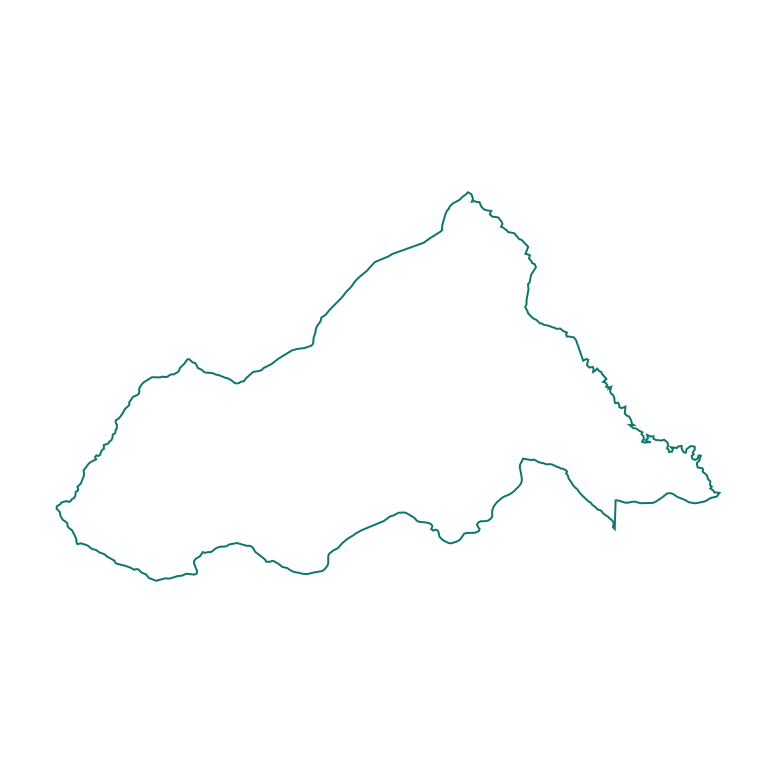 the district of Bonito de Minas, Minas Gerais, Brazil, rotated 88°
{"feature_id": "56859067B40632732354606", "entity_name": "Bonito de Minas", "entity_type": "district", "adm_level": 2, "iso_a3": "BRA", "parent_name": "Brazil", "parent_adm1": "Minas Gerais", "projection": "natural_earth1", "projection_center": [-44.877, -14.974], "detail": "fine", "context": "isolated", "style": "outline", "palette": "teal", "viewbox_px": 768, "rotation_deg": 88, "n_neighbors": 0, "source": "geoboundaries", "source_scale": "gbopen_adm2", "svg_char_len": 6118}
<svg xmlns="http://www.w3.org/2000/svg" viewBox="0 0 768 768"><g transform="rotate(88 384 384)"><path d="M195.3,293.4L197.2,295.3L199.3,298.5L202.9,302.5L205.9,308.9L208.9,312.1L211.2,313.2L212.7,314.8L216.4,316.7L227.3,320.2L232.4,320.7L234.0,322.7L239.6,332.4L244.2,339.4L254.4,371.3L256.7,375.2L261.4,387.9L262.5,389.6L270.4,397.3L276.7,405.5L279.8,408.8L286.4,414.0L290.6,418.6L296.0,423.0L307.6,435.4L312.9,440.0L315.4,444.3L317.6,444.7L319.6,445.6L324.0,449.0L326.2,450.0L330.7,450.9L335.3,452.7L341.1,453.4L343.1,455.1L345.2,461.8L345.9,469.0L347.1,474.7L355.2,488.9L360.2,495.8L363.9,503.9L365.4,505.3L366.5,507.7L367.4,514.4L373.2,521.4L376.5,524.1L376.6,526.7L378.0,529.0L378.3,531.5L377.5,533.6L375.5,535.7L372.9,539.7L372.1,542.8L369.5,548.5L368.9,551.1L367.1,555.1L366.3,562.1L365.4,563.9L363.7,565.2L361.5,569.5L357.9,571.0L356.4,572.2L355.6,574.6L352.3,578.0L352.7,580.0L356.3,582.4L360.8,587.3L363.5,588.4L365.3,590.1L365.9,591.9L367.1,593.6L366.9,595.9L367.7,598.1L369.2,600.1L369.4,602.5L368.9,605.1L369.6,607.6L369.1,615.7L374.1,624.3L376.9,627.0L380.6,629.0L382.6,628.7L385.0,629.2L386.5,631.2L388.2,635.4L393.6,639.3L395.6,639.2L397.3,640.4L399.7,643.6L405.2,646.9L409.0,650.0L411.0,653.4L413.4,653.4L415.3,652.4L419.0,652.5L420.6,653.9L422.4,653.9L424.1,654.7L425.1,656.9L428.1,657.2L430.5,658.3L431.8,660.2L433.8,661.6L435.3,666.2L439.1,666.2L439.9,667.9L442.1,669.2L444.7,670.0L445.9,672.0L445.3,673.9L447.1,675.4L449.3,674.3L451.5,679.4L453.2,681.8L459.8,687.2L464.6,686.9L472.8,690.4L476.2,694.1L478.2,693.3L479.9,693.7L481.0,695.8L485.0,696.4L487.3,697.8L488.3,700.1L489.8,701.0L490.9,702.8L490.0,705.0L490.4,707.9L491.3,710.7L492.7,711.6L494.8,715.3L497.2,715.5L500.6,712.5L504.1,712.0L508.3,710.0L510.9,706.5L512.4,705.2L514.8,705.3L516.7,704.1L519.6,700.6L521.4,700.1L522.9,699.1L527.0,697.4L529.2,696.8L531.6,696.9L533.3,696.1L532.7,692.2L534.8,686.5L535.7,684.9L537.8,683.0L539.0,680.6L539.8,677.6L542.4,674.3L544.3,669.5L547.0,666.5L551.1,659.6L553.1,658.9L554.3,657.2L556.7,648.9L558.6,644.0L560.9,640.1L560.3,638.0L560.8,635.7L562.9,634.0L564.3,632.2L566.1,628.4L569.6,625.8L572.7,618.7L570.6,609.6L571.0,605.0L568.7,596.7L568.5,592.5L566.7,588.3L567.9,580.0L566.7,577.6L564.3,577.4L556.4,580.2L554.4,580.0L552.3,578.5L549.7,573.9L545.7,571.0L546.5,568.7L545.9,565.9L545.9,562.6L542.5,558.0L541.5,555.5L540.8,552.6L540.9,549.2L540.5,546.7L539.0,544.4L537.8,536.5L541.0,526.5L541.0,523.8L542.4,521.2L547.3,518.5L554.6,509.7L555.9,508.6L557.6,507.9L557.6,503.7L556.8,501.8L557.5,499.8L560.7,494.8L563.3,492.0L564.5,487.2L566.8,484.2L568.7,480.6L569.9,474.8L570.7,472.8L571.3,467.2L570.1,461.9L569.0,453.7L568.5,451.8L567.0,449.8L563.4,446.7L561.2,446.0L553.9,445.7L551.7,444.7L548.6,440.5L546.5,435.8L541.7,431.4L537.8,426.4L533.8,419.4L532.5,417.7L529.2,411.1L520.9,388.9L516.5,382.5L515.7,379.1L513.2,374.0L513.1,368.5L513.7,366.3L518.5,358.7L521.9,355.8L523.0,353.4L523.9,346.8L524.6,344.0L525.4,342.2L527.3,340.7L529.0,340.9L530.6,341.9L532.2,340.1L531.3,337.4L532.5,335.3L534.1,334.7L538.7,333.8L542.1,330.6L545.2,325.0L545.6,322.3L543.7,315.8L542.0,313.3L536.5,309.1L535.7,306.8L535.9,299.3L535.4,296.9L534.3,294.4L532.3,293.5L529.9,295.1L527.7,296.0L525.8,294.7L524.6,292.3L524.6,287.2L524.1,284.7L522.6,282.3L521.1,281.0L519.6,280.4L515.0,280.4L512.7,279.7L509.9,278.4L506.2,275.4L501.9,270.0L500.6,267.6L498.7,262.4L496.3,258.6L490.8,252.6L488.3,250.6L485.7,249.7L482.4,249.6L471.5,251.2L469.4,250.8L463.4,247.6L465.2,239.4L464.8,236.6L467.6,232.0L469.0,226.6L470.0,224.6L469.9,221.4L470.2,219.0L472.9,213.9L473.5,211.8L474.6,210.4L474.8,208.5L476.6,205.1L478.1,204.1L479.8,205.1L481.7,203.5L485.0,202.7L489.7,199.6L491.3,199.0L494.2,196.6L495.9,194.5L499.6,192.2L503.1,189.1L507.6,184.7L510.2,181.1L512.1,180.1L513.0,178.6L517.0,174.6L517.7,172.2L518.9,170.8L520.4,170.0L523.4,166.5L524.6,164.5L526.1,163.4L527.8,161.2L530.1,159.5L532.3,159.5L535.0,160.2L537.0,158.5L508.4,156.6L508.4,154.7L510.9,147.4L511.2,145.2L510.2,137.9L512.1,131.6L512.2,119.4L510.9,116.1L506.7,109.4L503.2,104.8L503.1,101.5L503.9,99.2L507.2,94.6L510.3,87.4L512.9,83.3L514.1,76.6L512.7,68.3L512.1,66.4L509.3,61.4L508.1,55.4L504.5,52.5L503.7,57.9L502.0,58.5L499.7,61.6L498.0,60.0L496.4,61.7L492.5,61.3L490.7,63.3L486.5,64.5L482.7,68.6L481.0,68.1L479.3,68.7L478.4,73.4L475.2,74.1L473.2,73.6L471.7,71.6L466.7,69.9L466.4,72.1L469.5,73.2L470.7,75.7L469.9,77.9L468.2,78.8L466.6,79.0L465.1,76.9L463.4,77.9L460.4,75.7L457.5,75.7L456.7,79.5L459.6,83.8L463.2,84.9L462.6,87.0L459.4,88.7L456.3,88.7L456.7,92.3L458.2,93.5L457.2,99.4L459.2,97.5L461.8,98.7L461.8,101.6L459.7,101.8L458.1,103.3L454.2,102.1L452.3,102.9L449.5,105.9L450.2,108.7L449.4,114.2L448.1,116.6L445.6,116.4L445.8,119.4L444.0,122.8L447.6,122.1L449.2,124.5L450.6,123.1L451.3,119.3L451.6,126.0L450.7,128.1L447.7,126.3L445.0,126.7L443.2,128.4L441.3,127.4L440.0,130.0L437.2,133.7L436.9,136.2L433.6,140.0L433.7,135.9L432.2,137.8L429.5,138.1L425.3,139.9L424.1,142.4L421.9,144.4L415.0,143.5L416.4,147.2L415.4,149.6L413.3,149.6L410.8,150.8L411.2,153.6L409.4,154.2L406.1,154.3L402.9,155.5L401.3,157.6L398.6,158.3L394.9,157.1L396.6,160.0L394.7,159.8L394.5,162.0L392.5,161.1L390.1,162.9L389.6,164.9L386.7,161.5L381.3,166.0L379.7,166.3L378.8,168.2L376.1,170.5L378.3,172.7L379.2,174.6L376.5,174.0L374.2,174.7L374.7,178.2L372.3,180.5L366.9,179.1L366.1,181.2L367.7,184.1L347.0,190.5L344.0,192.7L343.0,197.7L343.0,199.6L340.9,200.3L339.0,199.3L337.1,203.4L334.8,205.8L334.8,210.1L333.7,211.7L333.0,214.2L331.8,216.5L330.3,222.5L329.0,224.0L328.8,226.1L325.2,229.5L324.1,231.8L322.1,234.3L318.2,237.6L315.6,238.3L312.2,240.2L309.3,238.8L305.0,238.6L294.6,236.3L289.4,236.6L287.5,234.9L280.0,233.2L272.7,228.1L269.5,229.2L268.3,231.8L266.5,232.3L263.6,234.7L260.5,233.7L259.5,235.8L258.9,238.1L251.9,235.1L244.6,241.7L244.0,243.8L237.9,248.5L236.5,254.5L234.4,256.3L231.8,259.6L230.9,261.5L228.1,260.0L226.2,260.7L221.6,263.9L220.9,266.9L220.9,268.9L219.5,271.1L218.1,272.3L214.7,270.8L214.3,274.1L212.9,278.2L209.7,280.8L205.5,282.3L205.6,284.4L204.3,287.4L204.9,289.8L201.9,288.6L197.3,290.1L195.3,293.4Z" fill="none" stroke="#0f766e" stroke-width="2"/></g></svg>